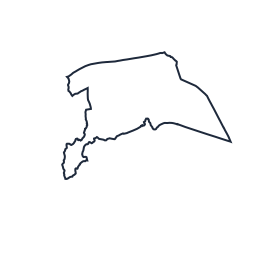 Tapin, Kalimantan Selatan, Indonesia (Mercator projection), rotated 138°
{"feature_id": "22746128B54842505361870", "entity_name": "Tapin", "entity_type": "district", "adm_level": 2, "iso_a3": "IDN", "parent_name": "Indonesia", "parent_adm1": "Kalimantan Selatan", "projection": "mercator", "projection_center": [115.129, -2.868], "detail": "fine", "context": "isolated", "style": "outline", "palette": "slate", "viewbox_px": 256, "rotation_deg": 138, "n_neighbors": 0, "source": "geoboundaries", "source_scale": "gbopen_adm2", "svg_char_len": 5318}
<svg xmlns="http://www.w3.org/2000/svg" viewBox="0 0 256 256"><g transform="rotate(138 128 128)"><path d="M208.4,131.9L208.1,131.5L206.8,130.8L204.1,130.4L202.8,129.8L201.9,129.1L201.0,129.5L200.7,129.5L200.1,129.4L199.1,129.1L198.1,129.2L197.8,129.1L197.3,129.2L196.5,130.2L196.2,130.7L196.0,131.1L195.4,131.9L194.5,132.8L193.9,132.9L193.4,132.5L193.1,131.8L193.0,131.7L192.8,131.6L192.7,131.6L191.9,132.1L191.2,132.5L189.5,133.0L188.4,133.0L188.0,133.1L187.9,133.4L187.7,133.4L187.1,133.6L186.4,133.6L184.7,133.5L183.6,133.3L182.8,132.8L182.1,132.0L181.6,132.0L180.9,132.0L180.0,131.1L179.6,131.9L178.4,134.0L178.5,134.4L178.6,134.7L179.2,135.3L180.3,136.0L180.5,136.2L180.5,136.3L180.5,136.8L180.4,137.7L179.9,138.5L179.7,139.1L179.1,139.6L177.5,140.7L177.1,140.8L176.2,141.2L173.5,143.3L172.1,143.8L170.8,143.9L169.8,143.8L169.1,143.1L168.4,142.9L167.8,143.0L167.4,143.3L166.9,143.5L166.2,143.5L165.8,143.0L165.2,141.0L164.6,140.8L164.0,140.8L163.2,140.9L162.5,140.6L162.0,140.6L161.5,140.8L161.0,141.2L160.6,142.6L160.3,142.9L159.0,142.3L158.2,142.1L157.2,142.1L157.0,141.6L156.8,139.3L154.3,136.1L153.9,135.5L153.6,134.5L152.7,133.6L151.8,133.5L150.7,133.7L150.3,133.5L149.4,133.0L148.6,132.7L147.7,131.5L147.5,131.2L145.7,128.9L145.3,128.6L144.9,128.6L144.6,128.6L144.3,128.8L142.8,129.0L142.3,129.3L141.6,129.3L140.1,128.7L137.8,128.2L137.6,128.1L135.3,127.3L135.1,126.6L132.3,125.0L130.7,124.5L125.9,122.7L124.7,122.3L121.7,121.3L117.7,120.5L117.0,120.9L116.5,120.5L115.9,120.7L115.4,120.6L115.3,120.3L115.4,119.7L114.9,119.7L114.2,119.1L113.6,119.2L113.1,119.3L112.7,119.8L112.7,120.3L112.7,120.7L112.6,120.9L112.5,121.2L112.2,121.8L111.8,121.8L111.3,121.5L111.0,121.5L110.6,121.6L109.5,122.4L108.2,122.8L107.7,122.2L107.1,121.9L106.9,121.5L106.9,121.4L107.1,121.2L107.2,120.9L107.1,120.6L107.0,120.4L108.2,118.6L108.2,117.7L108.1,117.3L108.1,117.2L108.2,116.7L109.2,114.9L109.2,114.6L109.4,112.3L109.7,111.9L109.9,110.1L109.5,109.4L109.1,109.1L108.5,108.6L107.8,108.5L106.2,109.0L105.1,108.8L103.6,109.1L102.5,109.0L101.7,108.8L101.3,108.7L98.5,107.8L97.3,107.2L95.8,105.7L95.6,105.5L93.6,104.0L92.0,102.4L90.9,101.0L90.5,100.4L89.3,98.5L88.7,98.1L88.3,97.3L88.5,97.2L88.4,97.1L87.3,95.3L85.1,91.1L84.9,90.7L77.7,78.1L74.2,72.0L73.4,70.6L68.7,62.6L65.6,57.2L62.0,51.0L61.4,50.1L61.0,49.4L60.9,49.2L59.2,54.1L58.7,56.0L58.2,58.0L57.3,61.9L57.1,62.4L57.0,62.9L56.9,63.4L56.8,63.5L56.7,63.9L56.8,63.9L56.7,64.4L55.0,70.9L54.8,71.5L54.7,72.1L53.8,75.6L52.7,79.8L51.5,84.4L50.4,89.0L50.0,90.5L49.6,92.3L48.8,95.4L47.8,99.0L47.8,99.4L47.9,99.8L47.9,101.5L49.0,111.5L49.2,112.4L49.5,114.0L53.1,122.1L56.0,128.6L55.9,129.5L54.3,133.2L51.5,139.5L50.3,142.2L50.2,142.3L50.1,142.5L49.9,142.6L49.4,142.7L47.7,144.3L47.5,144.5L47.4,144.6L47.4,144.8L47.4,145.2L47.4,145.3L47.4,145.5L47.5,145.9L47.7,146.5L47.7,147.2L47.7,147.5L47.8,148.1L47.8,148.3L47.8,148.6L47.8,148.9L47.8,149.8L47.8,150.3L47.8,150.5L47.9,150.9L48.0,151.2L48.0,151.3L48.7,152.1L48.8,152.2L48.8,152.3L48.6,152.6L48.5,152.8L48.5,153.1L48.6,153.3L48.9,153.8L49.5,154.5L49.9,155.1L50.2,155.5L50.3,155.9L50.3,156.4L50.4,156.7L50.5,157.9L50.4,158.1L50.3,159.4L50.2,159.8L52.3,160.7L52.6,160.9L52.8,161.1L53.2,161.7L53.7,162.0L54.1,162.3L55.5,162.9L57.7,164.0L62.2,166.5L66.6,169.2L73.1,173.3L77.2,176.0L78.0,176.5L82.7,179.5L86.1,181.8L88.9,183.5L90.6,184.6L93.1,186.1L95.9,188.3L99.5,191.1L99.7,191.3L103.4,194.1L105.6,195.6L106.5,196.2L109.7,198.2L112.9,200.2L115.3,201.3L118.3,202.5L120.9,203.2L124.7,204.2L128.1,204.9L128.3,204.9L131.4,205.6L131.9,205.7L134.3,205.7L137.7,206.1L139.1,206.8L139.1,205.6L139.1,204.5L139.5,203.9L139.6,203.6L139.9,202.9L140.6,201.8L141.0,201.5L141.8,200.9L142.6,200.6L143.4,200.4L143.9,200.0L144.6,198.3L145.5,197.3L146.5,196.7L147.4,195.4L147.1,194.4L147.2,193.8L147.2,192.6L147.8,190.5L147.9,189.1L146.3,189.1L144.3,188.7L142.4,187.3L140.5,187.1L140.2,187.0L138.1,186.7L136.9,186.2L135.5,185.9L135.4,185.9L132.4,185.0L131.2,184.7L133.2,182.4L135.0,180.5L136.2,179.1L138.1,176.8L138.9,175.6L139.1,175.1L139.2,174.7L139.6,173.3L140.2,171.6L141.3,169.4L142.0,168.1L142.8,167.0L146.9,169.6L149.0,168.3L150.3,166.5L151.4,165.4L151.9,164.8L152.9,163.3L153.6,162.7L153.9,161.7L154.2,160.7L154.4,160.4L154.6,160.0L155.2,159.1L155.5,159.1L155.8,158.7L155.8,158.2L156.0,158.1L156.4,157.4L157.0,157.4L157.7,156.6L159.0,156.1L159.5,156.0L160.4,156.2L160.8,155.6L161.4,155.4L161.8,155.1L162.3,154.9L162.6,154.6L163.4,154.3L164.0,153.9L164.1,152.9L164.3,152.3L164.7,151.8L165.1,151.7L166.1,151.1L166.6,150.9L167.5,150.9L168.0,150.8L168.7,150.8L170.3,150.2L170.7,150.2L171.6,150.4L171.6,151.2L171.9,151.7L172.5,151.8L173.0,152.2L173.1,152.4L173.1,152.8L172.7,153.2L172.7,153.9L172.9,154.2L174.1,154.7L174.9,154.4L175.2,154.0L176.8,153.4L177.4,153.4L178.3,153.0L178.6,153.0L179.6,152.9L180.3,153.1L181.3,153.2L181.6,153.5L181.9,154.2L181.9,154.8L182.2,155.6L183.8,157.1L184.4,157.1L185.1,156.5L186.7,154.2L187.0,154.1L188.8,154.2L189.5,153.6L190.8,152.9L191.9,152.8L192.2,152.4L193.7,149.4L195.0,148.1L195.6,147.7L196.3,147.2L197.1,147.1L197.4,147.0L197.6,146.6L198.4,145.5L199.0,145.1L200.5,145.1L201.5,144.7L202.3,142.8L203.3,141.0L203.4,140.5L203.5,139.0L204.5,138.2L205.7,137.6L205.9,137.3L206.3,136.2L206.9,135.7L207.0,135.7L207.7,134.2L208.1,132.8L208.6,132.2L208.4,131.9Z" fill="none" stroke="#1e293b" stroke-width="2"/></g></svg>